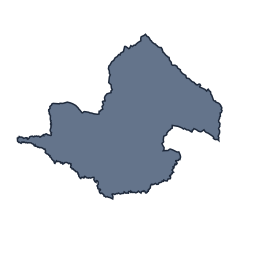 Mae Wang, Chiang Mai, Thailand, rotated 131°
{"feature_id": "78962969B90127177876527", "entity_name": "Mae Wang", "entity_type": "district", "adm_level": 2, "iso_a3": "THA", "parent_name": "Thailand", "parent_adm1": "Chiang Mai", "projection": "equal_earth", "projection_center": [98.727, 18.674], "detail": "fine", "context": "isolated", "style": "filled", "palette": "slate", "viewbox_px": 256, "rotation_deg": 131, "n_neighbors": 0, "source": "geoboundaries", "source_scale": "gbopen_adm2", "svg_char_len": 5840}
<svg xmlns="http://www.w3.org/2000/svg" viewBox="0 0 256 256"><g transform="rotate(131 128 128)"><path d="M106.4,172.3L106.5,169.1L108.7,166.8L109.4,165.0L111.4,165.1L112.4,164.0L116.0,166.3L118.9,166.2L120.7,165.5L122.6,163.1L124.2,164.5L125.0,164.5L126.4,161.9L127.6,161.6L128.7,161.8L130.4,159.4L132.3,160.2L133.3,160.0L134.3,160.8L136.5,159.1L137.7,160.1L139.7,163.1L140.5,165.1L141.6,166.7L141.9,168.0L144.1,171.5L144.5,171.9L146.3,172.2L146.7,172.8L146.1,175.7L146.0,177.4L145.6,178.6L145.3,182.2L146.0,185.6L147.0,188.3L148.3,190.8L152.2,193.3L154.0,195.6L154.8,195.7L158.6,200.7L159.9,201.2L161.0,200.7L163.0,201.1L164.2,199.8L165.3,199.6L166.1,199.9L166.7,199.2L167.2,199.1L167.6,197.9L168.4,197.2L168.6,196.7L169.0,196.7L169.6,194.6L172.3,192.5L173.0,191.5L173.0,191.0L173.5,191.0L174.5,189.3L174.7,189.5L175.8,189.1L175.9,188.2L176.2,188.4L177.0,187.2L177.7,187.0L178.1,186.5L180.7,185.4L181.7,183.9L181.8,182.6L182.8,182.5L183.4,181.4L184.0,181.2L184.6,181.7L185.3,183.4L185.7,183.8L185.9,185.7L186.5,186.2L187.4,186.3L188.2,187.3L188.9,187.4L189.2,186.8L189.6,187.7L191.2,187.8L191.9,188.4L192.5,188.3L192.8,188.8L192.6,189.8L193.1,190.5L193.9,190.9L194.1,191.9L194.9,192.3L195.5,193.2L196.1,193.1L196.8,193.8L196.8,194.7L198.0,195.8L199.3,196.4L200.4,196.0L202.2,196.2L202.3,197.1L201.7,197.3L201.6,197.7L202.3,198.7L204.4,200.0L204.2,201.2L204.9,202.7L205.7,203.5L205.8,204.4L206.4,204.1L207.2,204.7L207.8,204.3L208.3,204.8L210.4,202.7L210.5,200.9L210.0,200.6L209.7,198.6L208.8,198.5L208.1,198.8L207.7,197.9L207.2,197.7L207.2,197.2L206.7,197.1L206.4,195.7L205.6,195.2L205.4,194.2L204.8,193.9L202.8,191.4L202.7,189.9L202.3,188.9L202.9,186.9L202.5,186.6L201.9,186.8L202.4,185.8L201.9,185.1L201.6,184.0L201.7,183.4L201.0,182.9L201.0,182.0L199.7,180.7L199.2,179.1L199.1,177.3L198.4,177.0L199.4,175.0L200.6,174.6L200.8,174.3L200.8,172.6L200.2,170.7L200.5,169.8L200.0,168.8L201.0,168.2L200.8,166.8L201.5,165.0L201.7,162.4L201.5,162.1L202.3,161.3L202.3,160.8L202.8,160.4L202.7,159.9L199.7,160.4L199.8,159.4L199.1,158.9L197.8,156.6L198.0,156.2L198.5,156.1L198.5,155.5L197.2,154.8L197.3,154.2L197.8,154.2L198.0,153.5L196.6,153.0L195.8,153.2L194.4,151.9L193.9,151.0L193.8,149.2L193.0,149.1L192.5,147.5L193.1,147.3L193.4,146.4L194.3,146.3L195.4,145.4L195.1,144.0L195.6,143.2L194.8,142.5L195.2,141.2L194.8,139.9L195.2,139.5L195.1,138.4L194.5,138.0L194.6,136.7L194.9,136.0L195.5,135.8L195.5,134.7L196.6,133.6L197.2,131.1L196.8,130.9L196.9,130.5L195.8,130.7L195.2,130.2L195.0,129.1L194.7,128.6L194.4,128.9L193.9,128.6L193.3,129.1L192.8,128.9L192.6,127.9L192.8,126.8L191.7,124.9L191.0,124.8L190.4,123.4L188.3,122.2L187.6,121.3L188.4,120.4L189.4,119.9L190.2,117.7L190.0,116.4L188.7,117.3L188.3,117.2L188.0,116.4L188.4,115.1L190.1,113.5L192.0,113.4L192.3,112.1L193.1,111.6L193.5,110.7L193.5,110.2L192.5,109.2L192.6,108.3L193.0,108.1L194.3,108.6L195.4,106.9L195.3,105.5L194.3,105.1L194.3,102.4L195.1,101.5L194.6,100.5L194.7,99.5L193.3,98.6L193.3,97.6L192.3,95.9L191.6,93.0L189.9,94.1L189.0,95.3L188.7,96.4L188.3,96.6L187.5,96.1L186.8,94.3L185.0,93.7L184.6,92.9L183.4,92.6L182.9,90.5L181.6,89.8L180.2,88.4L178.7,89.0L178.6,86.8L177.7,86.1L176.9,84.9L175.7,85.8L175.2,85.7L174.7,84.5L174.9,83.7L174.7,83.5L173.8,84.3L173.7,82.3L172.2,80.8L171.8,79.5L170.2,78.8L168.9,78.8L168.6,75.5L167.1,76.0L166.3,75.7L165.9,74.8L164.9,74.8L164.8,73.5L165.4,72.6L165.3,71.7L164.0,71.3L163.2,71.7L162.4,71.2L161.3,72.1L160.6,71.7L159.7,72.1L158.7,71.8L156.8,73.1L155.2,73.4L155.0,72.6L154.6,72.7L153.8,71.6L151.9,71.0L151.7,69.3L150.6,68.3L148.9,68.6L147.3,67.4L146.2,67.1L145.6,67.4L145.0,66.3L143.8,66.9L143.5,65.5L142.3,63.7L140.2,64.3L138.5,62.8L137.6,63.2L136.9,64.2L137.0,65.0L136.6,65.3L136.1,64.5L134.8,65.1L133.4,64.7L133.1,65.3L131.5,64.7L131.6,65.4L130.7,66.7L130.8,67.2L127.9,67.2L128.1,68.1L127.6,68.6L127.0,68.1L125.9,68.1L124.9,68.3L124.8,68.8L124.4,68.9L124.1,68.7L124.0,67.7L122.6,67.6L121.9,68.8L121.9,69.9L121.3,70.5L119.4,68.7L118.3,68.9L117.8,68.1L115.4,69.3L114.3,70.7L112.7,73.9L114.0,75.3L115.2,79.9L116.1,82.2L116.7,82.7L118.7,83.0L122.0,86.5L120.7,86.7L119.1,87.9L118.2,90.7L117.4,92.2L115.1,92.0L113.9,93.5L110.8,95.6L108.0,94.4L107.4,94.5L106.3,95.4L103.1,95.5L102.0,95.0L100.4,95.1L99.2,94.5L97.0,96.3L93.9,91.3L92.6,87.6L92.4,85.4L91.2,85.0L90.9,82.4L89.8,81.1L89.3,77.4L88.7,77.1L87.6,78.0L86.4,77.5L85.2,77.8L84.4,75.2L84.2,72.8L83.3,70.8L82.5,70.2L79.5,69.5L80.0,68.0L80.1,66.3L79.3,64.1L78.6,58.3L79.1,56.9L79.8,56.7L79.7,55.3L79.4,54.4L77.9,52.9L77.9,51.2L76.8,52.5L75.7,53.0L75.0,54.6L71.8,55.6L70.9,56.2L69.7,57.5L69.5,58.6L68.8,59.4L66.5,59.8L65.7,60.7L64.6,61.2L64.1,61.9L63.9,63.4L63.0,64.5L60.5,65.3L59.6,66.1L58.5,66.0L56.2,68.3L55.1,67.7L53.1,68.5L52.7,69.9L51.7,70.1L50.9,70.8L50.7,72.3L50.3,72.4L49.8,74.2L49.8,76.0L50.8,78.6L50.2,79.7L50.9,80.3L51.0,81.7L48.3,86.4L48.2,87.5L46.5,89.5L46.6,91.4L46.0,92.8L46.6,93.1L48.5,92.9L48.4,95.4L50.0,100.8L49.7,101.2L48.2,101.2L47.8,102.5L48.2,103.2L49.8,103.8L50.6,104.9L50.3,106.1L50.6,106.9L50.2,107.7L50.4,108.6L51.0,110.0L50.7,114.5L51.9,116.5L51.5,117.6L50.7,118.3L50.4,119.1L51.0,121.6L51.1,123.2L50.6,125.9L49.7,126.7L50.2,129.8L49.3,131.6L49.8,133.8L51.4,135.5L51.5,136.2L51.4,136.9L50.0,138.5L49.5,141.3L47.8,143.3L48.3,144.8L48.1,146.0L48.3,146.9L47.7,150.4L47.8,151.6L47.3,151.9L46.7,153.4L46.2,153.6L45.5,155.7L46.5,157.0L47.1,158.9L46.8,159.8L47.0,161.0L46.6,162.3L47.2,163.3L47.4,166.0L46.9,167.6L47.1,168.5L46.1,171.1L45.9,172.6L46.4,173.5L45.8,176.3L47.6,176.6L50.5,177.9L51.8,177.3L53.8,175.5L56.7,176.5L59.3,176.9L60.6,176.7L61.5,177.8L63.7,178.2L64.0,179.9L66.7,179.1L67.6,179.4L68.0,183.3L68.7,184.0L73.3,181.6L76.4,182.7L77.0,182.6L78.0,181.9L78.7,183.2L81.3,183.0L83.4,183.8L86.3,183.1L88.7,183.7L92.4,182.9L93.7,183.1L96.2,181.6L97.1,179.6L99.1,177.8L99.5,176.2L101.5,175.7L106.4,172.3Z" fill="#64748b" stroke="#1e293b" stroke-width="1.5"/></g></svg>